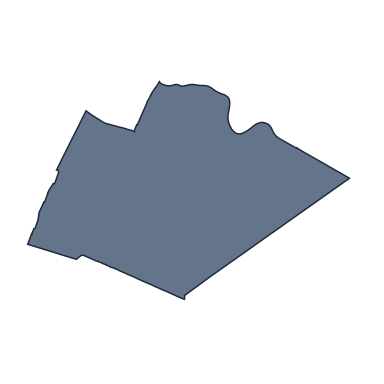 outline of Bunschoten, Utrecht, Netherlands, rotated 100°
{"feature_id": "6326949B68264290320811", "entity_name": "Bunschoten", "entity_type": "district", "adm_level": 2, "iso_a3": "NLD", "parent_name": "Netherlands", "parent_adm1": "Utrecht", "projection": "albers", "projection_center": [5.355, 52.247], "detail": "fine", "context": "isolated", "style": "filled", "palette": "slate", "viewbox_px": 384, "rotation_deg": 100, "n_neighbors": 0, "source": "geoboundaries", "source_scale": "gbopen_adm2", "svg_char_len": 5821}
<svg xmlns="http://www.w3.org/2000/svg" viewBox="0 0 384 384"><g transform="rotate(100 192 192)"><path d="M151.1,39.3L137.3,77.7L136.8,79.1L136.1,81.0L134.7,85.0L133.0,89.8L132.3,91.6L130.2,96.7L130.6,96.9L128.7,102.5L127.9,104.7L127.4,106.2L126.8,107.9L125.3,112.1L125.3,112.3L125.1,112.6L125.1,112.8L124.2,115.2L123.6,116.6L123.3,117.1L122.9,117.9L122.7,118.4L122.3,118.9L121.9,119.5L121.3,120.3L121.0,120.5L120.3,121.2L120.0,121.4L119.7,121.7L117.9,123.1L115.6,124.7L115.1,125.1L114.8,125.3L114.0,126.1L113.7,126.3L113.6,126.5L113.4,126.7L113.2,127.0L112.8,127.6L112.4,128.2L112.2,128.5L112.1,128.8L112.0,129.0L111.7,130.0L111.5,131.0L111.4,131.4L111.3,132.1L111.3,132.5L111.2,133.3L111.2,133.7L111.3,134.5L111.4,135.3L111.5,135.7L111.7,136.5L111.9,137.0L112.2,137.5L112.4,138.0L112.6,138.5L113.0,139.1L113.4,139.7L113.8,140.3L114.6,141.2L115.0,141.6L115.4,142.1L115.7,142.4L116.4,143.0L119.3,145.5L120.4,146.5L120.9,147.0L121.2,147.3L122.2,148.3L122.6,148.8L123.2,149.5L124.0,150.6L124.3,151.1L125.1,152.1L125.6,152.8L125.9,153.3L126.2,154.0L126.3,154.4L126.3,154.6L126.5,155.1L126.6,155.8L126.7,156.6L126.7,156.8L126.7,157.1L126.8,157.2L126.7,157.6L126.7,157.8L126.5,158.5L126.5,158.8L126.4,159.2L126.2,159.5L126.0,159.9L125.5,160.8L125.1,161.5L124.9,161.8L124.7,162.0L124.2,162.7L123.4,163.7L123.2,163.9L122.9,164.1L122.4,164.5L120.6,165.9L119.8,166.4L119.3,166.7L118.5,167.2L116.7,168.2L116.5,168.3L115.1,168.8L113.5,169.3L112.9,169.4L111.7,169.7L110.5,169.8L109.1,169.9L105.6,169.9L102.8,169.9L101.7,169.8L101.4,169.9L99.3,170.1L97.8,170.3L97.3,170.4L96.3,170.7L95.7,170.9L95.2,171.1L94.4,171.5L94.2,171.6L93.8,171.8L93.6,172.0L93.3,172.2L92.9,172.6L92.7,172.8L92.4,173.2L92.0,173.9L91.7,174.5L91.5,174.8L91.2,175.5L91.0,175.8L90.9,176.2L90.8,176.7L90.7,176.9L90.6,177.3L90.5,177.8L90.4,178.7L90.2,179.8L89.9,181.3L89.8,181.8L89.7,182.1L89.5,182.9L89.4,183.5L89.1,184.3L88.5,185.9L88.3,186.5L87.9,187.4L87.3,188.6L87.1,189.1L86.8,189.7L86.2,190.9L85.8,191.8L85.4,193.1L85.1,194.2L85.1,194.5L85.0,195.7L84.9,196.5L84.9,197.0L84.9,197.8L85.1,198.9L85.1,199.6L85.2,200.0L85.6,202.1L85.7,203.1L85.8,204.3L85.9,208.3L85.9,209.0L85.9,209.5L85.9,209.8L86.0,210.1L86.0,210.4L86.2,211.1L86.3,211.5L86.3,211.8L86.5,212.2L86.6,212.6L86.8,213.2L87.2,214.2L88.2,216.5L88.5,217.1L88.8,217.8L89.0,218.3L89.2,218.9L89.3,219.4L89.4,219.8L89.5,220.1L89.5,220.4L89.5,220.6L89.5,221.0L89.5,221.4L89.5,221.6L89.3,222.4L88.9,224.1L88.8,224.5L88.8,224.9L88.8,225.1L88.8,225.4L88.8,225.7L88.8,226.1L88.9,226.6L89.0,226.8L89.2,227.4L89.3,227.7L90.6,230.3L90.8,230.6L90.9,231.0L91.0,231.3L91.2,232.0L91.4,232.8L91.5,233.6L91.6,234.0L91.6,234.3L91.6,235.2L91.6,235.6L91.6,236.0L91.5,237.5L91.4,238.3L91.3,238.8L91.1,239.7L90.9,240.4L90.6,241.3L90.4,241.7L90.1,242.2L89.7,242.6L89.5,242.8L89.2,243.1L89.0,243.3L90.9,244.0L92.5,244.6L93.6,245.0L94.5,245.5L95.4,246.0L96.2,246.4L96.6,246.6L97.0,246.9L100.2,248.2L104.0,249.7L104.2,249.4L107.6,250.6L109.4,251.3L111.1,251.8L111.7,252.1L111.8,252.1L112.0,252.0L112.1,251.9L112.3,251.9L114.4,252.4L118.0,253.3L122.6,254.5L123.5,254.7L124.4,254.9L135.4,257.5L135.5,257.7L135.4,257.9L135.4,258.2L135.5,258.2L141.9,259.5L142.1,259.5L142.2,259.4L142.3,259.1L142.5,259.1L142.5,259.4L142.2,261.0L142.0,261.3L141.9,261.7L141.8,262.8L141.6,264.1L141.6,264.7L141.5,266.9L141.2,267.8L141.1,269.0L140.8,272.2L140.7,274.8L140.7,275.1L140.5,276.9L140.1,281.1L139.9,283.1L139.5,287.4L139.4,288.4L139.2,290.0L139.2,290.3L139.1,290.5L138.9,291.2L137.0,295.7L135.8,298.7L135.1,300.4L133.9,303.4L133.4,304.4L132.5,306.3L130.5,310.5L134.1,311.5L137.7,312.6L148.7,315.8L157.2,318.4L158.7,318.8L159.6,319.1L180.7,325.4L192.1,328.7L193.9,329.1L193.5,328.0L195.6,326.7L207.7,328.7L207.8,330.3L208.5,330.3L209.0,330.5L209.4,330.8L214.9,333.0L216.5,333.5L218.2,334.0L218.3,333.7L224.4,334.8L225.6,335.0L227.6,335.4L227.5,336.2L229.6,336.6L231.4,337.1L235.0,338.0L238.1,338.9L238.8,339.0L239.5,339.0L240.8,339.0L244.8,338.8L245.6,338.7L250.4,339.5L252.3,339.8L252.8,339.8L254.6,340.1L255.1,340.4L255.4,340.8L255.4,341.3L258.7,342.0L260.3,342.4L261.4,342.0L261.3,342.8L263.1,343.1L264.4,343.3L272.1,344.7L278.4,294.1L274.8,291.2L274.2,290.6L273.9,290.3L273.7,289.8L273.6,289.6L273.5,289.3L273.2,288.6L273.2,288.4L273.2,288.2L273.4,287.2L273.4,286.9L273.9,285.4L274.0,284.9L274.1,284.3L274.2,283.9L274.3,283.2L274.5,282.5L274.7,281.8L274.8,281.2L274.9,280.8L275.3,279.2L275.4,278.9L275.5,278.3L275.6,277.9L275.6,277.7L275.8,276.8L275.9,276.6L276.1,276.2L276.3,275.6L276.3,275.2L276.5,274.2L276.6,273.6L276.7,273.1L276.8,272.3L276.9,271.8L277.0,271.4L277.0,271.0L277.1,270.4L277.2,270.2L277.3,269.7L277.5,268.9L277.9,267.6L278.1,266.7L278.1,266.3L278.5,265.0L278.7,264.3L278.8,263.9L278.9,263.5L279.0,262.9L279.3,261.5L279.4,261.2L279.5,260.8L279.6,260.5L279.7,260.4L279.8,260.1L280.0,259.6L280.1,259.3L280.1,258.6L280.2,258.0L280.5,256.2L280.5,255.9L280.6,255.4L280.8,254.8L280.9,254.5L280.9,254.4L280.9,254.2L281.0,253.9L281.2,252.8L281.3,252.4L281.3,252.2L281.5,251.7L281.8,250.8L281.8,250.5L282.1,249.7L283.6,243.5L283.7,243.2L284.4,240.5L284.5,240.0L284.7,239.0L284.9,238.1L285.3,236.5L285.5,235.9L285.6,235.2L286.0,233.6L286.9,230.5L287.4,228.5L287.5,227.9L287.6,227.5L287.8,226.8L287.9,226.6L288.0,226.4L288.1,225.8L288.2,225.6L288.2,225.2L288.3,224.8L288.4,224.4L288.6,223.7L288.9,222.6L289.0,222.0L289.1,221.7L289.3,220.8L289.7,219.1L289.8,218.5L289.9,218.3L290.0,217.8L290.2,216.8L290.3,216.5L290.4,216.1L290.4,215.9L290.5,215.6L290.8,214.5L290.9,214.2L291.3,213.1L291.4,212.7L291.5,212.1L291.6,211.6L291.9,210.2L292.0,209.7L292.2,209.0L292.4,208.4L292.4,208.2L292.5,207.9L292.6,207.7L292.6,207.3L292.7,207.1L292.8,206.7L293.1,205.5L293.4,204.4L294.4,199.8L294.8,198.2L295.9,194.0L297.5,187.7L299.1,180.8L295.1,181.2L273.2,160.3L210.8,98.5L151.1,39.3Z" fill="#64748b" stroke="#1e293b" stroke-width="1.5"/></g></svg>